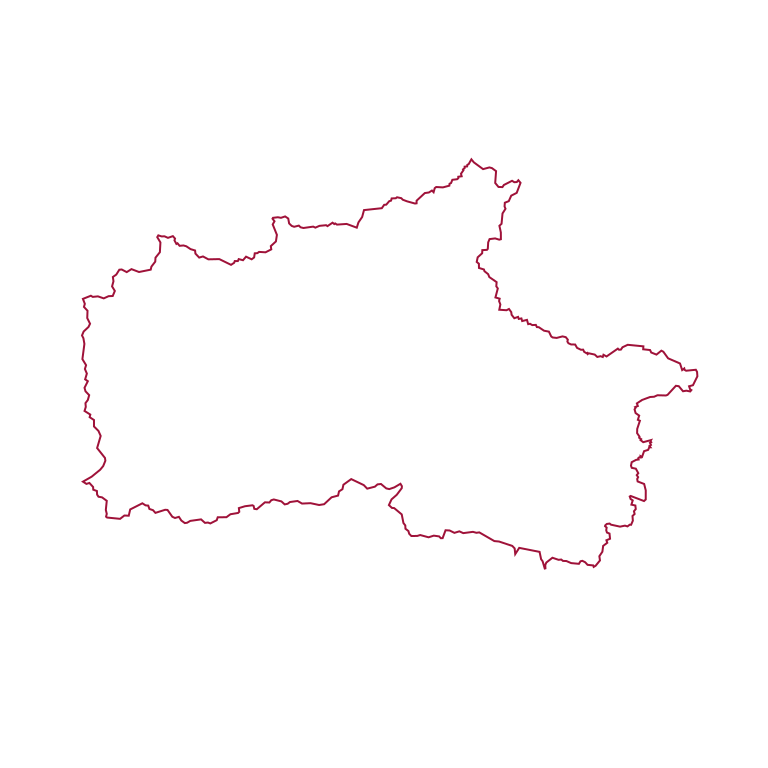 outline of Song, Phrae, Thailand, rotated 262°
{"feature_id": "78962969B64048827158998", "entity_name": "Song", "entity_type": "district", "adm_level": 2, "iso_a3": "THA", "parent_name": "Thailand", "parent_adm1": "Phrae", "projection": "robinson", "projection_center": [100.212, 18.562], "detail": "fine", "context": "isolated", "style": "outline", "palette": "rose", "viewbox_px": 768, "rotation_deg": 262, "n_neighbors": 0, "source": "geoboundaries", "source_scale": "gbopen_adm2", "svg_char_len": 6118}
<svg xmlns="http://www.w3.org/2000/svg" viewBox="0 0 768 768"><g transform="rotate(262 384 384)"><path d="M512.2,106.0L510.2,97.7L505.0,98.9L502.1,97.6L497.8,100.6L490.6,99.3L484.6,101.3L481.6,99.3L477.8,93.9L474.1,91.7L471.2,92.7L465.4,92.9L450.6,88.8L444.1,91.6L440.5,89.9L435.7,91.2L430.2,88.7L428.0,91.1L421.9,86.9L418.3,87.4L414.0,90.5L409.4,88.5L406.6,85.7L402.8,85.5L399.0,83.7L394.6,88.9L392.1,87.9L388.7,91.8L382.3,90.9L377.3,94.7L372.0,96.2L360.5,91.0L349.6,97.4L346.8,97.4L341.8,94.5L338.6,91.0L332.9,81.6L329.2,72.3L326.5,75.4L327.0,78.5L322.5,81.6L319.8,81.4L318.0,84.8L314.4,84.5L312.1,85.6L311.0,89.0L306.9,93.2L298.0,91.0L294.0,91.4L291.3,90.3L290.3,91.2L287.2,103.9L289.9,108.6L289.1,112.9L295.1,115.2L299.5,128.1L297.0,131.0L296.4,133.6L292.9,134.3L291.2,137.7L288.2,139.7L289.9,149.8L289.4,152.1L282.0,155.9L280.4,158.4L281.0,162.4L277.0,164.3L274.0,167.4L274.0,169.7L275.4,173.1L275.4,184.0L271.4,187.4L271.3,190.4L270.1,192.6L272.4,199.4L275.2,200.8L274.0,209.4L276.4,213.8L276.6,221.5L277.6,222.9L281.3,223.0L282.3,229.3L282.2,236.9L281.4,237.9L278.4,238.2L277.7,240.6L283.4,249.6L282.6,254.0L284.6,256.2L285.0,258.8L282.0,266.1L278.6,268.9L278.8,271.9L280.2,274.4L280.2,282.1L277.0,286.2L276.2,294.7L273.2,302.9L273.3,308.0L279.1,316.3L279.9,323.0L283.9,324.5L285.6,328.2L289.9,329.8L294.4,338.3L286.7,349.9L282.7,352.8L283.6,360.7L285.5,363.6L285.4,367.1L280.3,371.7L279.2,374.6L280.2,379.9L282.9,386.4L280.3,387.5L278.4,387.1L272.5,381.2L268.7,375.4L263.4,372.0L260.2,374.6L259.7,376.8L252.4,383.4L243.6,383.9L241.0,385.4L237.7,385.1L235.0,387.7L232.2,388.1L229.7,389.9L228.9,395.7L229.4,398.8L226.0,406.8L226.9,412.2L225.4,417.4L223.4,418.8L223.2,420.6L230.6,424.6L229.8,428.6L226.8,433.0L227.6,438.1L225.3,441.7L225.2,451.5L223.8,454.8L223.8,457.7L213.1,471.4L212.0,476.0L205.8,488.5L203.0,490.5L197.3,490.3L202.9,495.1L196.1,514.7L188.6,515.2L186.4,516.4L178.9,517.5L179.0,518.2L182.3,518.5L184.6,519.9L188.5,526.6L185.6,532.4L185.5,535.1L183.9,536.6L183.3,540.0L180.6,544.4L178.8,552.0L181.1,553.9L181.3,555.8L179.5,558.4L176.6,560.4L175.2,566.0L173.7,566.2L174.5,568.2L179.2,573.3L183.5,573.3L187.5,576.9L193.2,578.5L195.7,583.0L198.3,582.5L199.3,586.3L204.5,586.5L205.9,584.1L208.3,583.7L210.8,584.5L212.5,583.1L213.3,583.5L214.4,585.2L214.4,588.0L213.1,589.2L209.9,597.9L210.2,602.9L209.1,605.3L210.5,607.8L210.2,609.1L214.0,611.4L218.7,611.7L220.4,614.1L223.2,613.8L225.1,615.9L228.7,616.0L230.1,612.2L234.1,614.1L235.8,612.2L238.4,611.7L238.8,612.7L231.9,625.2L233.2,627.1L242.2,628.4L248.8,627.7L252.2,621.6L254.7,621.5L256.4,622.7L258.6,621.6L260.3,623.4L265.1,621.6L266.5,617.7L268.7,617.2L272.1,618.4L273.8,623.1L273.8,625.6L275.1,625.4L275.9,626.6L275.5,627.9L276.9,628.0L275.9,629.4L281.3,632.2L282.0,636.4L284.3,637.8L284.2,639.0L285.6,638.2L286.5,639.9L288.7,639.2L289.2,640.5L290.4,639.9L291.3,640.6L290.3,632.6L292.8,630.2L293.6,631.0L295.3,629.2L296.3,629.7L300.1,627.8L304.3,628.5L312.0,632.3L313.2,630.4L317.2,632.3L320.2,629.1L324.0,628.6L325.5,629.9L326.2,629.5L326.9,632.3L329.6,631.7L332.3,637.4L334.1,645.7L333.8,649.7L334.8,653.2L333.4,661.6L333.8,663.3L341.6,672.8L340.8,675.6L335.2,679.1L335.3,682.5L334.0,686.2L335.2,687.5L336.1,686.4L339.3,685.8L339.8,689.8L348.0,695.4L352.4,695.7L354.7,694.8L355.1,685.0L356.2,683.6L357.6,683.5L356.3,681.2L363.1,680.0L369.9,668.9L377.1,665.1L378.4,663.3L375.2,657.9L378.0,653.0L380.6,652.2L382.3,645.5L385.2,646.1L388.9,630.8L387.2,625.3L385.1,623.4L385.2,621.5L386.5,620.5L380.3,608.2L382.4,605.4L380.3,604.4L381.4,602.3L381.1,599.0L383.8,596.8L385.9,591.1L385.3,589.9L386.5,589.7L386.3,588.8L388.0,586.7L390.3,586.0L390.5,583.8L392.9,580.2L396.5,578.8L397.1,574.8L398.7,572.3L400.5,571.5L402.3,572.2L405.1,570.5L406.3,567.4L405.6,561.4L406.6,557.5L407.8,556.2L412.9,554.6L414.5,549.9L418.7,545.2L419.1,543.3L421.4,542.6L421.7,539.0L423.3,537.0L423.2,535.1L427.6,534.5L427.1,529.6L429.8,529.2L429.7,526.5L431.8,526.1L431.0,522.2L434.8,520.0L437.5,520.0L440.9,518.2L440.0,515.6L441.5,508.5L446.6,510.3L450.1,509.5L452.4,510.4L454.2,506.4L462.8,510.0L465.1,508.8L469.2,509.7L475.2,503.2L478.3,502.4L481.7,499.2L483.5,498.9L485.7,494.2L489.9,494.7L492.0,492.8L496.4,494.4L499.8,499.4L502.9,500.0L502.5,504.6L503.4,505.6L509.8,506.9L512.8,508.7L512.7,514.3L510.9,518.2L511.1,519.9L517.8,520.8L524.6,520.3L526.3,522.7L536.4,525.1L540.6,528.7L543.1,528.1L546.7,528.9L547.7,533.0L552.8,536.2L554.8,542.0L564.2,547.2L567.1,545.4L565.5,543.6L565.7,541.1L567.4,539.1L564.4,530.4L562.5,528.7L563.2,524.8L567.6,522.1L579.2,524.6L582.8,520.9L583.8,518.5L583.0,512.0L591.0,503.8L594.3,501.8L590.0,498.5L589.4,497.0L587.9,496.6L588.0,494.1L586.6,493.9L585.5,492.1L584.6,492.4L581.5,489.5L578.9,489.8L578.9,486.4L577.4,486.2L576.6,484.9L576.7,480.1L573.7,478.4L573.2,476.8L571.3,476.3L570.5,469.7L571.8,463.1L570.9,461.5L567.0,459.8L568.9,458.4L567.4,455.1L567.4,451.0L561.0,441.8L558.4,441.4L558.4,439.8L561.7,432.2L563.9,428.2L565.6,427.0L567.1,422.9L566.3,421.5L566.7,417.4L564.6,416.5L564.3,414.6L561.3,411.2L561.4,409.1L558.4,406.3L559.0,388.4L552.4,385.6L547.6,381.2L542.6,378.8L547.7,369.3L548.4,359.6L549.8,358.0L549.3,357.0L550.9,355.5L548.2,350.0L549.3,348.8L549.6,342.1L548.4,337.8L549.7,335.8L549.7,325.9L550.8,323.2L552.7,321.7L552.2,316.9L553.4,314.6L556.2,312.4L561.2,312.2L563.7,309.4L562.9,305.1L563.9,302.1L564.0,297.2L563.2,296.6L560.4,298.2L557.5,296.0L546.6,298.7L540.2,296.8L536.3,291.1L533.0,291.1L530.9,285.0L532.2,278.7L531.2,276.8L531.4,274.2L527.4,273.0L525.9,270.3L529.3,265.1L526.2,261.6L527.9,257.5L526.1,256.4L526.5,253.3L524.9,252.5L523.3,249.1L530.6,238.3L531.9,227.4L535.5,222.5L534.9,218.6L539.4,215.4L542.5,215.5L544.5,211.2L547.9,207.4L549.1,204.7L549.3,200.8L552.1,199.1L551.6,197.9L555.4,196.5L557.1,197.3L559.8,195.5L558.8,190.4L560.8,187.2L561.1,184.3L562.6,181.2L561.0,179.9L555.3,182.3L545.7,180.4L540.9,175.3L537.0,174.5L532.6,170.0L529.7,168.9L529.0,157.0L532.9,149.9L530.6,144.8L533.9,140.2L534.0,137.8L529.6,134.1L527.7,130.4L523.4,130.4L518.5,128.3L513.6,130.4L508.9,127.6L509.3,123.5L507.8,118.4L510.6,112.9L510.8,107.7L512.2,106.0Z" fill="none" stroke="#9f1239" stroke-width="2"/></g></svg>